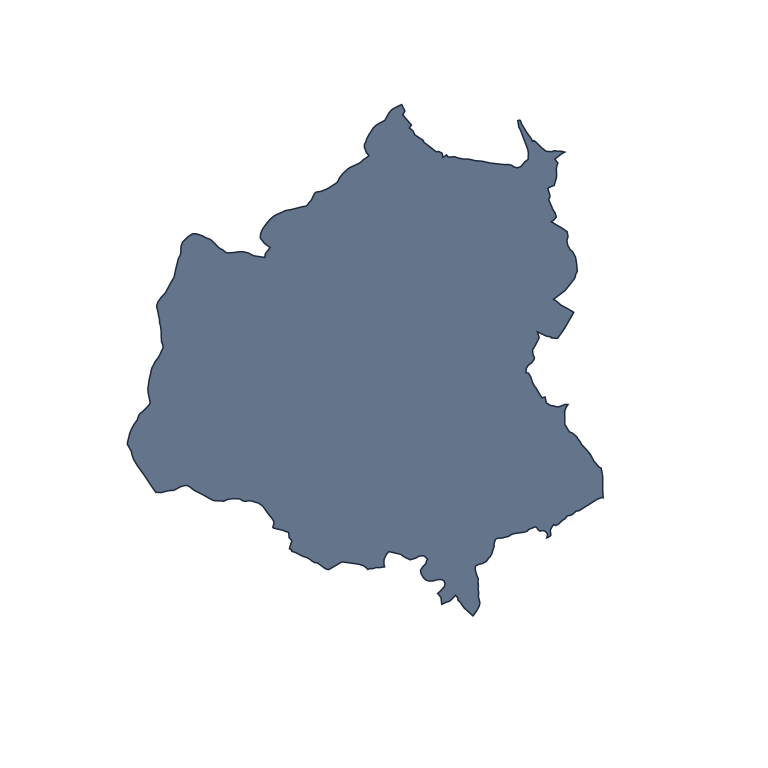 outline of Poiana Ilvei, Bistrita-Nasaud, Romania, rotated 156°
{"feature_id": "2599482B95786462044343", "entity_name": "Poiana Ilvei", "entity_type": "district", "adm_level": 2, "iso_a3": "ROU", "parent_name": "Romania", "parent_adm1": "Bistrita-Nasaud", "projection": "orthographic", "projection_center": [24.751, 47.354], "detail": "fine", "context": "isolated", "style": "filled", "palette": "slate", "viewbox_px": 768, "rotation_deg": 156, "n_neighbors": 0, "source": "geoboundaries", "source_scale": "gbopen_adm2", "svg_char_len": 6159}
<svg xmlns="http://www.w3.org/2000/svg" viewBox="0 0 768 768"><g transform="rotate(156 384 384)"><path d="M254.2,632.1L257.5,632.1L264.9,631.6L269.3,629.6L276.0,624.5L282.0,624.1L286.1,623.6L289.9,622.2L294.2,619.2L295.7,618.4L300.0,615.1L301.9,612.8L304.5,610.8L305.0,609.5L305.8,607.9L305.6,606.2L305.9,604.6L306.0,602.1L305.4,601.2L305.0,598.7L306.4,598.2L311.8,597.3L314.2,596.3L316.6,595.8L327.3,595.6L330.2,595.0L332.3,594.1L333.4,593.9L335.6,593.1L339.5,591.2L341.1,590.2L343.8,587.8L345.6,587.0L355.2,585.5L358.6,585.4L363.7,585.7L366.0,586.5L368.5,586.9L370.7,585.8L371.6,584.9L373.1,583.9L374.2,582.7L376.1,581.2L378.5,580.3L381.2,578.6L382.5,578.3L383.3,578.3L386.2,579.1L397.8,581.1L403.7,582.6L407.1,582.4L413.2,582.5L416.8,582.1L421.1,580.8L426.6,578.1L431.5,575.2L433.8,573.3L435.6,571.5L437.4,568.3L437.5,567.3L437.4,566.4L436.5,563.2L436.2,561.4L432.6,555.0L439.1,551.4L439.9,550.6L441.4,548.1L450.5,553.9L452.9,556.4L453.5,557.6L454.4,558.6L457.1,560.9L460.0,562.7L462.8,563.8L469.6,565.8L473.4,567.4L474.4,568.1L475.8,569.8L476.1,571.0L476.5,571.8L478.6,574.4L479.8,576.5L481.1,580.4L483.5,586.2L485.0,587.9L487.0,589.8L489.7,593.3L493.1,596.5L495.0,597.9L497.4,599.0L498.7,599.0L503.3,598.2L510.3,595.6L513.6,592.1L513.7,591.7L514.8,589.8L515.6,587.7L517.3,585.1L518.3,584.1L521.0,582.0L527.2,574.1L532.3,567.0L536.6,564.0L546.8,556.1L551.9,554.0L556.6,551.3L557.9,550.2L559.6,548.3L560.1,547.3L560.4,546.2L561.2,541.5L562.1,538.4L562.8,534.4L564.3,530.6L564.4,528.5L566.1,522.9L567.8,519.0L570.0,513.3L570.1,512.6L570.2,510.1L570.6,507.8L571.1,507.0L572.0,506.1L573.1,505.3L577.5,501.4L579.9,499.7L582.9,498.2L585.3,496.5L587.3,494.7L589.5,493.1L591.5,490.7L592.8,488.7L596.4,484.0L599.8,478.7L601.9,475.2L603.1,471.6L604.8,463.8L605.5,461.6L606.9,460.6L609.5,459.4L615.2,457.2L619.7,455.9L621.7,454.2L624.2,451.4L628.2,449.2L632.9,445.6L636.3,442.4L642.1,434.9L643.0,433.4L642.2,425.6L643.0,421.9L643.4,417.3L642.5,409.5L640.1,398.0L637.9,384.7L636.5,377.8L631.6,375.4L624.3,374.2L619.2,372.3L612.3,372.9L608.4,372.5L606.0,371.8L604.6,370.8L603.4,369.2L600.7,364.1L595.7,358.0L587.9,347.7L586.5,346.4L582.1,344.2L581.2,344.0L578.1,342.0L576.9,342.2L572.8,342.0L568.3,340.5L563.3,338.2L561.9,337.0L561.1,335.4L558.9,333.4L557.7,332.9L555.0,332.4L554.2,332.0L552.6,331.0L548.7,327.5L547.4,326.7L546.2,324.7L545.0,322.9L544.2,320.8L542.7,313.1L541.0,306.5L540.6,303.5L540.9,301.9L543.9,298.3L543.6,297.4L535.5,291.1L534.5,289.8L532.1,287.8L531.5,286.8L533.2,282.3L532.3,280.0L532.0,277.8L533.1,277.1L537.4,272.0L535.8,269.7L536.4,268.8L533.5,266.1L528.1,259.4L524.9,256.7L522.7,253.5L521.9,251.6L519.8,248.8L518.0,248.1L515.9,244.8L513.2,239.9L512.0,238.3L509.9,236.9L494.7,238.6L480.6,229.8L476.6,226.3L474.8,223.1L474.3,221.2L470.9,220.8L469.8,219.9L465.8,219.5L463.0,218.1L457.8,216.7L457.3,219.5L456.2,222.0L454.8,224.3L450.7,227.6L447.7,228.9L437.8,221.4L436.7,219.1L434.6,216.2L431.5,212.7L425.7,212.0L422.0,212.5L418.4,211.3L417.3,210.5L415.5,206.8L415.5,206.3L417.2,205.1L418.5,203.1L423.2,201.1L426.5,198.9L427.3,195.1L426.8,191.2L425.5,187.9L423.1,185.8L419.3,184.1L414.7,183.5L412.9,182.8L410.5,181.6L409.3,179.8L409.4,176.8L410.8,174.9L412.1,173.9L416.7,171.9L420.2,170.9L418.8,165.8L420.9,159.2L416.2,159.3L412.6,158.9L410.6,159.4L404.7,161.9L403.6,158.2L404.3,156.9L404.2,155.6L403.4,154.7L401.9,146.8L397.0,135.9L392.3,138.6L387.5,142.2L385.4,145.0L384.2,151.5L382.5,154.5L381.9,156.4L381.5,158.4L380.3,160.1L379.1,163.3L378.8,164.8L377.0,167.7L377.1,169.5L376.8,174.0L375.6,178.9L374.0,180.5L370.9,180.7L367.3,180.0L362.8,180.3L360.8,181.3L359.5,182.4L357.7,182.8L354.3,185.2L353.1,186.8L349.1,191.3L348.8,192.8L346.1,196.0L345.0,196.8L344.0,197.0L342.7,196.8L338.3,195.1L335.2,194.8L333.7,194.3L332.1,194.1L329.7,194.6L326.6,194.5L323.5,193.7L317.8,192.0L315.0,191.5L313.0,191.3L310.9,192.3L306.3,192.0L304.9,192.2L303.6,191.6L302.9,190.6L302.5,188.2L301.7,186.5L301.2,186.0L299.6,186.0L298.2,185.1L297.3,184.8L295.9,182.0L295.8,180.3L296.1,179.4L298.0,177.3L296.2,177.1L294.2,177.4L293.2,177.9L292.6,178.9L292.4,180.2L291.6,182.8L288.0,185.6L285.9,186.6L285.2,185.1L282.9,184.9L281.4,185.1L276.8,186.7L273.2,187.4L270.1,189.0L266.8,188.1L264.5,188.3L260.3,189.7L257.4,188.9L235.9,192.0L231.2,191.7L230.1,190.8L227.2,198.5L222.0,210.0L219.8,218.6L221.4,220.9L223.5,227.9L224.1,235.4L225.4,240.5L228.0,248.1L228.2,250.3L228.5,252.6L229.1,254.8L229.4,257.4L231.4,261.7L232.1,262.8L234.2,265.1L235.0,272.2L235.3,273.4L230.0,285.6L227.3,288.4L224.2,290.4L226.9,291.7L233.2,292.0L235.5,292.9L237.9,295.0L240.9,296.9L242.0,298.9L243.4,300.7L242.1,306.6L245.4,307.2L246.8,318.9L247.5,321.4L247.6,326.0L247.0,330.8L247.6,335.2L249.6,336.5L248.8,338.3L247.9,340.1L244.9,342.3L240.6,343.3L237.9,344.7L236.7,345.6L235.9,346.7L235.8,348.7L236.0,349.7L234.6,354.5L229.3,358.3L223.3,363.3L222.7,369.2L216.1,361.6L212.3,359.1L212.5,358.1L207.0,355.1L198.0,360.3L193.4,363.5L181.5,372.3L186.3,379.1L190.2,384.1L192.9,389.8L194.7,392.4L180.6,395.7L168.1,402.2L165.9,403.8L164.3,406.1L161.4,408.5L158.8,416.6L157.4,422.1L157.9,427.8L159.3,431.3L159.7,436.1L158.4,441.0L156.0,443.6L154.7,448.6L157.8,453.8L160.9,458.0L164.0,462.6L165.3,464.1L162.4,464.7L158.7,466.3L158.1,470.4L158.8,475.1L158.6,477.8L158.6,485.4L156.1,487.6L155.6,489.5L154.8,496.1L151.9,496.4L147.8,496.2L143.1,501.6L141.6,504.0L139.0,510.5L137.2,513.2L135.3,515.1L136.4,520.0L127.6,522.2L124.6,522.3L126.8,524.2L132.1,526.8L132.3,527.3L134.6,528.1L135.9,527.8L140.7,530.4L142.0,531.7L142.7,533.7L143.6,534.9L146.7,543.1L148.1,545.5L149.6,545.1L149.7,548.4L151.3,556.1L152.4,564.5L152.5,565.9L152.2,568.1L152.3,569.4L153.5,570.2L154.8,570.1L155.4,567.2L156.4,563.8L156.1,560.3L157.2,540.3L158.0,536.7L160.2,532.1L161.1,530.5L165.2,529.7L169.4,527.4L171.2,527.0L174.5,527.4L177.4,529.9L177.9,531.4L180.7,533.7L184.6,535.4L192.7,540.1L197.1,542.7L203.7,547.6L210.8,551.5L211.9,552.6L215.2,555.0L220.3,557.4L224.8,560.7L227.1,563.0L233.0,565.1L233.6,567.8L238.0,567.1L237.0,571.2L239.5,574.2L241.9,575.0L249.5,589.2L248.9,590.3L254.4,598.9L254.6,603.7L256.7,607.7L253.6,609.3L257.4,622.3L253.8,625.0L254.2,632.1Z" fill="#64748b" stroke="#1e293b" stroke-width="1.5"/></g></svg>